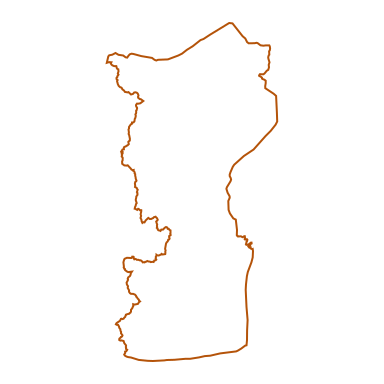 Boon Neua, Phôngsali, Laos
{"feature_id": "54806243B32733384276808", "entity_name": "Boon Neua", "entity_type": "district", "adm_level": 2, "iso_a3": "LAO", "parent_name": "Laos", "parent_adm1": "Phôngsali", "projection": "natural_earth1", "projection_center": [101.793, 21.686], "detail": "fine", "context": "isolated", "style": "outline", "palette": "amber", "viewbox_px": 384, "rotation_deg": 0, "n_neighbors": 0, "source": "geoboundaries", "source_scale": "gbopen_adm2", "svg_char_len": 6002}
<svg xmlns="http://www.w3.org/2000/svg" viewBox="0 0 384 384"><path d="M232.5,23.4L229.2,23.0L210.2,34.6L203.5,39.0L200.5,40.1L192.9,46.1L186.8,49.9L182.1,53.6L178.3,55.5L167.9,59.4L158.0,59.8L156.3,60.5L154.5,59.8L152.0,57.9L141.3,56.1L133.5,54.0L131.6,53.7L129.8,54.3L128.5,55.7L127.2,57.6L125.6,57.3L123.2,55.5L118.5,54.8L115.5,53.0L112.3,54.7L109.2,55.3L108.3,56.4L106.8,62.8L109.1,62.1L111.3,62.3L110.7,63.3L111.5,64.6L112.3,65.3L114.1,66.1L116.3,66.1L116.8,68.2L117.3,68.9L118.3,69.3L118.5,71.4L117.8,73.6L118.5,74.7L117.3,76.3L117.3,77.1L116.5,77.9L116.5,78.6L116.7,79.4L117.6,80.1L117.1,81.1L117.1,81.7L117.5,82.6L117.7,83.8L118.7,85.9L120.1,87.2L121.4,87.6L122.1,88.5L122.3,89.3L124.0,90.5L124.9,91.9L127.6,92.4L128.5,92.1L131.0,94.5L133.0,93.9L134.2,92.5L135.5,92.3L136.8,92.7L137.7,93.5L138.2,94.6L138.5,95.5L138.0,96.9L138.2,97.8L139.7,99.0L140.8,99.2L143.3,101.0L140.3,103.3L138.1,103.7L137.0,103.6L136.1,104.8L136.0,105.6L136.3,106.7L137.0,107.5L137.1,108.4L136.8,109.2L136.7,110.0L136.1,110.8L136.2,112.3L136.0,113.5L135.4,114.3L135.8,115.9L135.3,118.0L134.8,118.8L134.4,121.4L133.5,122.4L132.0,122.5L132.0,123.7L130.8,124.4L129.0,127.0L129.0,128.5L128.5,129.5L128.9,132.3L128.8,133.4L128.6,133.9L129.2,135.2L129.9,138.8L129.8,140.6L128.9,141.2L128.3,141.9L128.8,144.1L127.4,145.5L126.6,145.7L125.7,146.5L124.3,146.9L123.8,147.8L123.9,149.3L122.5,149.5L121.1,151.8L121.4,152.2L122.6,152.0L122.6,153.5L121.7,154.0L122.1,155.1L121.7,156.1L121.7,156.6L122.6,157.5L122.7,158.1L122.6,160.4L122.1,161.3L122.2,163.8L124.3,165.4L126.5,165.6L127.7,165.3L130.8,168.6L131.3,169.4L132.6,170.2L133.5,170.0L133.3,170.8L133.8,171.0L134.4,171.8L134.7,172.5L134.6,173.4L135.2,174.1L135.2,175.8L135.6,177.2L135.7,178.5L136.5,180.7L136.2,181.3L135.4,181.7L134.9,183.3L135.2,185.9L135.0,187.0L136.7,187.9L137.0,188.8L137.7,189.7L136.9,192.1L137.5,193.1L137.3,193.7L137.5,194.8L136.3,196.5L136.2,197.8L135.8,199.3L135.8,200.3L136.7,203.1L136.0,204.1L135.6,205.9L135.0,207.1L134.7,208.7L135.3,208.8L137.2,209.9L138.1,208.8L138.6,208.9L140.0,210.3L141.1,210.1L141.3,210.2L141.2,211.7L140.6,214.2L141.1,215.9L140.5,218.0L141.4,219.6L141.6,221.2L142.4,222.9L143.3,222.2L144.5,222.4L145.7,220.4L148.3,217.9L149.8,219.0L151.5,218.9L152.4,218.3L153.1,218.1L153.9,217.2L155.6,216.7L156.1,217.4L156.8,217.9L157.7,219.6L157.5,220.3L156.2,221.5L156.8,223.7L157.2,224.3L156.9,225.9L157.1,226.6L156.8,227.9L157.6,228.4L157.7,229.4L158.3,230.2L159.2,230.5L159.8,230.5L160.5,230.9L161.3,229.6L163.0,229.6L164.7,227.8L166.0,227.0L167.2,227.5L167.7,228.8L168.7,228.8L169.5,229.9L170.5,230.4L170.5,233.3L170.2,233.8L170.7,235.0L170.4,235.4L169.2,236.0L169.1,237.1L169.6,238.3L169.5,238.7L169.2,239.4L168.2,239.7L167.7,241.4L166.6,242.4L166.0,243.7L165.1,248.9L165.6,250.4L165.3,251.5L165.4,252.9L165.2,254.1L162.6,254.5L161.6,253.9L161.1,254.6L160.4,254.7L159.6,255.2L158.6,255.5L157.3,255.4L156.5,254.8L156.5,255.5L155.8,256.7L155.9,257.6L155.6,258.3L156.3,259.6L155.6,260.3L154.3,260.5L153.6,262.0L152.8,261.8L150.7,262.1L150.2,261.7L148.2,261.4L147.3,261.0L145.7,261.9L145.1,261.9L144.6,262.4L143.7,262.2L142.8,262.4L141.9,261.2L140.7,260.3L139.8,260.4L138.5,259.8L136.8,259.8L136.1,259.2L135.1,258.9L134.3,259.3L133.8,258.5L133.6,256.8L133.4,256.7L132.2,256.7L131.9,257.7L131.4,258.0L126.9,257.8L124.6,258.8L124.1,259.8L123.4,262.3L123.9,266.5L123.7,267.5L124.1,268.0L124.2,268.7L125.0,269.1L125.1,270.1L127.1,271.6L128.3,272.1L131.9,271.6L130.7,273.4L130.6,274.7L129.9,276.1L128.2,277.4L127.7,278.8L128.0,279.3L127.8,280.4L126.6,282.6L126.9,284.5L128.0,286.2L127.7,287.9L129.1,290.4L129.0,291.2L129.1,291.9L130.0,293.2L130.9,293.8L133.3,293.9L135.1,294.7L136.1,295.9L136.2,296.7L136.9,297.2L137.7,298.6L138.8,299.6L139.0,300.6L140.0,301.4L138.9,302.3L137.9,303.9L134.5,304.6L133.2,304.2L133.2,306.4L132.5,307.4L132.3,308.2L131.0,309.8L131.0,311.5L130.5,312.6L129.6,313.1L129.3,313.7L127.2,314.2L125.9,314.7L125.9,315.3L125.4,316.0L125.2,316.9L124.2,317.7L123.7,318.6L122.6,319.1L121.4,318.7L120.9,318.9L120.0,320.8L117.1,322.7L116.4,323.3L115.9,324.3L117.0,324.9L118.1,324.9L119.1,326.7L119.2,327.7L120.3,329.2L120.5,330.8L121.1,331.9L121.0,333.3L122.5,335.3L122.1,336.4L121.4,336.9L120.9,337.0L120.7,337.5L119.4,338.6L119.2,339.9L120.3,340.6L121.4,340.4L123.6,341.0L124.3,343.2L126.0,345.3L126.1,345.9L125.8,347.0L126.1,347.7L126.0,348.9L127.2,349.8L126.3,351.2L125.1,351.6L125.2,352.9L124.2,354.6L125.0,355.7L126.6,356.6L128.2,357.1L131.0,357.5L138.7,359.9L147.6,360.8L152.8,361.0L164.3,360.4L166.9,360.0L174.2,359.8L185.4,358.8L190.1,358.8L199.0,357.4L204.8,356.1L210.2,355.7L220.2,353.4L236.2,351.4L237.9,350.6L241.2,348.6L245.2,345.6L246.5,345.3L247.0,340.1L247.1,330.3L247.6,320.1L246.5,306.9L245.7,289.8L246.0,284.3L246.9,276.2L247.8,272.0L251.4,262.4L252.7,257.4L253.0,251.1L252.7,249.0L252.3,249.2L250.9,248.6L250.6,247.3L249.4,247.7L248.3,246.4L248.6,246.0L250.1,245.3L250.3,245.0L250.5,243.8L251.2,243.7L251.6,243.5L251.5,242.6L250.9,242.6L248.2,244.7L246.3,244.8L245.9,244.2L246.4,243.1L246.4,242.0L247.0,241.3L247.4,239.8L246.9,239.2L245.2,239.6L244.7,239.3L244.7,238.8L245.1,238.2L244.8,236.2L244.2,236.2L243.1,237.0L242.5,237.2L240.9,236.3L238.0,236.5L237.6,235.8L236.9,235.6L236.8,235.0L237.0,230.0L235.8,219.6L233.3,218.4L229.9,213.4L228.6,209.9L228.3,201.0L229.7,197.8L229.6,196.2L227.6,192.7L226.4,188.8L226.9,187.2L230.5,181.3L231.1,179.6L230.7,178.0L229.7,176.1L229.7,174.5L230.5,172.1L232.8,166.8L234.2,164.7L243.9,156.0L253.6,149.5L265.5,136.1L270.7,130.9L275.6,124.7L277.2,121.5L276.9,112.7L276.1,95.9L273.6,93.7L265.3,88.2L265.2,86.1L265.7,83.2L265.7,80.7L264.4,79.7L262.3,78.9L262.0,78.5L262.0,77.8L261.5,77.2L259.1,75.8L259.1,75.4L259.9,74.2L263.4,74.3L264.6,73.4L266.8,70.7L268.2,69.9L269.0,67.3L268.7,64.9L269.5,62.3L268.4,58.7L268.2,57.2L268.7,55.4L269.3,54.7L269.1,51.3L269.8,50.3L270.1,48.5L269.8,46.4L269.3,45.4L265.7,45.4L263.4,45.7L260.5,45.3L257.6,43.1L256.6,42.8L254.6,43.2L248.7,43.3L247.1,42.1L245.3,38.5L242.6,36.2L232.5,23.4Z" fill="none" stroke="#b45309" stroke-width="2"/></svg>